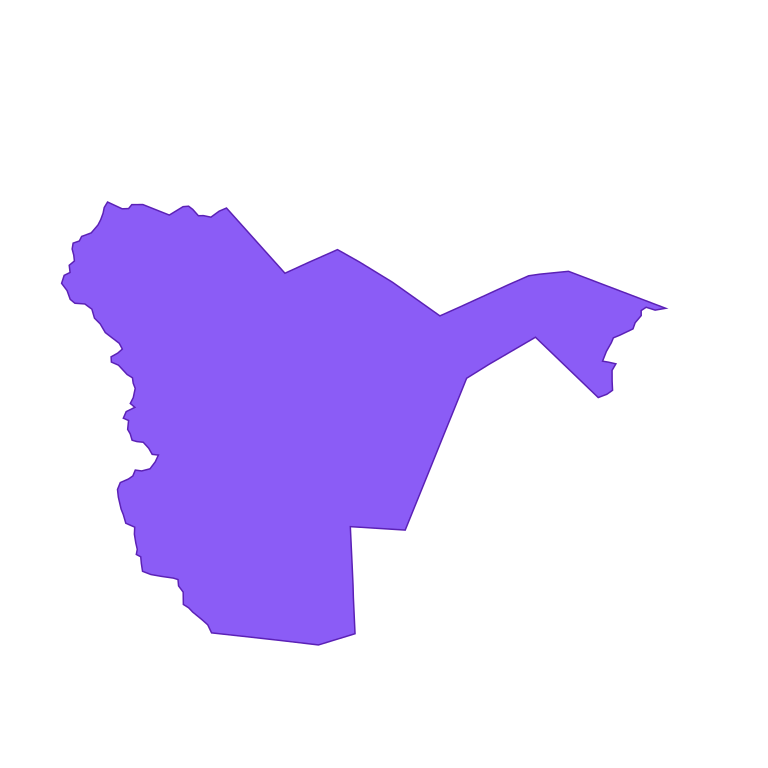 Água Preta, Pernambuco, Brazil (orthographic projection), rotated 77°
{"feature_id": "56859067B99963356412199", "entity_name": "Água Preta", "entity_type": "district", "adm_level": 2, "iso_a3": "BRA", "parent_name": "Brazil", "parent_adm1": "Pernambuco", "projection": "orthographic", "projection_center": [-35.496, -8.676], "detail": "fine", "context": "isolated", "style": "filled", "palette": "violet", "viewbox_px": 768, "rotation_deg": 77, "n_neighbors": 0, "source": "geoboundaries", "source_scale": "gbopen_adm2", "svg_char_len": 1885}
<svg xmlns="http://www.w3.org/2000/svg" viewBox="0 0 768 768"><g transform="rotate(77 384 384)"><path d="M402.3,160.0L394.9,153.2L390.6,150.1L389.5,143.3L386.3,129.0L380.8,125.5L375.2,118.0L370.3,116.9L368.2,111.3L373.0,103.2L373.6,92.5L315.7,178.9L312.0,207.7L311.1,218.7L315.3,240.7L325.9,292.2L330.2,314.2L286.8,352.8L259.4,380.7L242.6,399.1L248.5,429.8L253.8,455.6L225.0,471.5L177.1,497.9L178.5,505.7L182.5,515.1L179.3,522.1L178.3,527.0L170.8,531.1L166.8,534.4L166.0,539.9L171.1,555.2L154.9,578.6L152.5,589.4L155.6,593.4L154.4,599.7L144.5,612.4L149.1,616.9L154.4,619.3L160.2,623.1L164.7,626.9L170.9,635.3L172.2,645.4L176.1,648.7L176.8,655.2L182.3,657.5L188.7,657.3L194.5,658.0L197.5,664.0L204.7,664.8L206.2,671.2L213.4,675.5L221.7,671.8L231.0,670.7L235.8,667.0L238.7,657.5L245.4,651.8L254.7,651.3L261.6,647.0L271.2,644.0L277.3,639.0L284.8,632.8L291.1,631.1L294.0,636.5L296.1,643.8L301.3,644.7L305.9,638.5L316.9,632.2L321.4,627.7L326.8,628.2L332.3,627.4L340.9,631.4L345.9,635.6L350.7,632.0L352.9,641.4L358.7,645.7L362.1,641.1L370.6,644.0L375.4,642.5L382.1,642.1L384.5,637.8L386.6,631.7L393.7,627.7L400.4,625.7L402.5,619.8L408.4,624.4L414.0,631.1L414.2,639.7L411.9,645.7L417.1,649.4L419.1,654.5L420.7,663.1L426.8,667.4L434.5,668.3L441.7,668.3L446.7,668.3L452.6,667.4L461.6,666.9L467.4,659.1L474.2,661.0L483.0,661.6L489.6,661.6L494.4,663.7L497.6,659.9L504.2,660.8L512.2,661.4L517.2,654.0L521.4,644.1L525.7,633.0L528.2,628.7L534.5,629.6L541.6,626.5L553.7,629.1L558.1,624.7L563.2,621.7L572.8,614.3L579.0,609.9L587.7,608.0L610.1,544.0L623.5,506.6L620.8,468.4L585.3,461.9L572.9,459.4L553.9,455.9L515.4,448.9L531.1,396.2L515.4,385.2L478.1,359.0L451.5,340.4L446.5,336.9L428.9,324.5L397.0,302.2L388.5,277.4L372.5,225.9L445.4,178.3L444.1,169.0L441.5,162.7L432.6,161.1L422.0,158.7L416.5,153.5L413.2,160.4L410.9,165.9L402.3,160.0Z" fill="#8b5cf6" stroke="#5b21b6" stroke-width="1.5"/></g></svg>